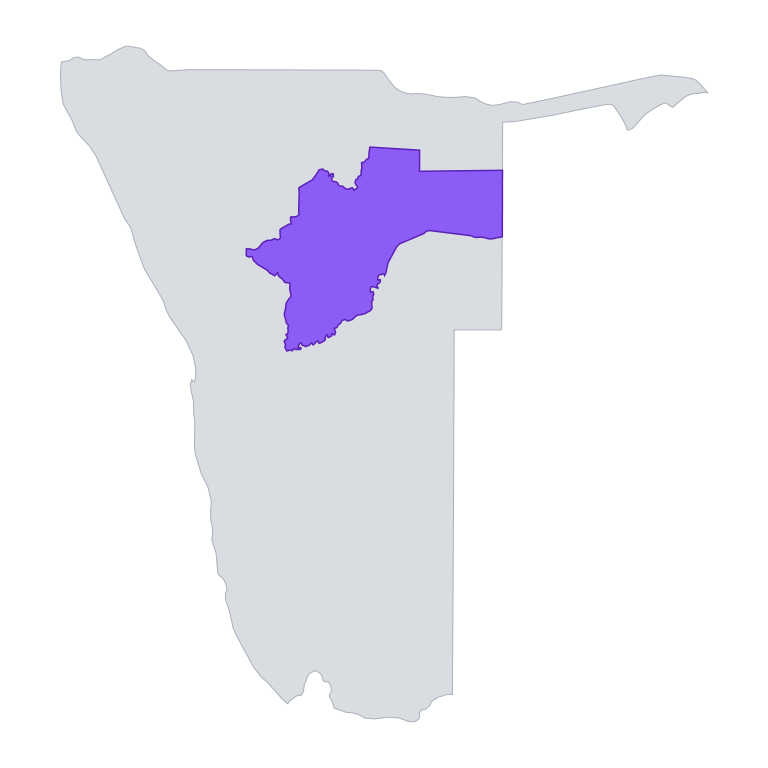 Otjozondjupa highlighted on a map of Namibia
{"feature_id": "NAM-3349", "entity_name": "Otjozondjupa", "entity_type": "Region", "adm_level": 1, "iso_a3": "NAM", "parent_name": "Namibia", "parent_adm1": "", "projection": "natural_earth1", "projection_center": [17.471, -20.567], "detail": "fine", "context": "in_parent", "style": "filled", "palette": "violet", "viewbox_px": 768, "rotation_deg": 0, "n_neighbors": 0, "source": "natural_earth", "source_scale": "10m", "svg_char_len": 8853}
<svg xmlns="http://www.w3.org/2000/svg" viewBox="0 0 768 768"><path d="M617.9,84.0L628.2,81.7L638.0,79.5L649.4,77.2L658.5,75.5L660.8,75.0L682.6,77.1L692.2,78.5L695.5,79.9L699.7,83.6L707.6,92.6L705.6,92.3L690.9,94.2L685.3,96.6L672.7,107.2L670.0,105.9L667.0,103.7L664.5,103.0L659.0,105.6L653.5,108.6L647.4,112.9L642.4,117.2L640.7,119.4L632.8,128.2L630.2,129.6L628.0,130.2L627.1,129.8L626.1,126.0L621.4,117.3L613.8,105.8L611.6,104.7L610.0,104.2L604.3,104.8L587.7,108.0L573.7,110.8L552.2,115.4L529.2,119.2L515.0,121.5L502.7,122.2L502.6,133.6L502.5,156.6L502.4,179.6L502.3,202.6L502.2,225.6L502.1,248.6L502.0,271.6L501.9,294.6L501.8,317.7L501.7,327.7L501.3,329.9L494.3,329.9L478.4,329.9L465.0,329.9L454.2,329.9L454.1,343.5L454.1,359.7L454.0,375.9L454.0,392.1L453.9,408.3L453.8,424.5L453.8,440.7L453.7,456.9L453.6,473.1L453.6,485.3L453.6,486.7L453.5,510.4L453.3,535.5L453.2,560.7L453.1,585.8L452.9,611.0L452.8,636.1L452.6,661.2L452.5,686.4L452.4,694.4L447.7,694.3L438.0,697.3L431.8,701.3L429.2,706.3L425.6,709.2L421.2,710.3L419.3,712.8L419.8,716.8L418.1,719.8L414.1,721.9L407.8,721.3L399.1,718.0L388.0,717.2L374.5,718.9L364.8,718.1L358.9,714.7L352.6,712.8L346.0,712.3L342.2,710.9L334.3,708.3L332.8,704.0L331.9,700.7L329.6,697.2L329.4,694.4L331.1,692.2L331.4,688.8L330.1,684.1L327.9,681.8L324.8,681.9L322.9,680.1L322.2,676.3L320.3,673.5L316.0,670.6L310.2,672.8L307.5,676.1L306.0,681.2L304.5,683.8L303.8,688.1L303.5,691.2L302.0,694.4L300.5,695.7L298.9,695.1L295.9,696.4L289.5,701.2L287.6,703.8L282.4,699.2L267.0,681.9L261.6,677.5L253.5,666.9L235.7,634.2L233.1,627.9L229.7,612.0L225.8,600.3L225.3,593.5L227.1,589.7L226.0,584.5L224.0,579.9L217.9,573.8L216.1,553.4L211.9,540.3L212.7,529.4L210.8,519.5L210.5,513.2L211.3,501.2L208.0,487.3L201.3,473.7L195.3,454.2L194.4,445.6L194.9,422.6L193.6,413.2L193.6,402.2L191.2,390.8L190.2,384.5L191.8,379.6L192.8,381.1L194.6,381.9L195.7,375.3L195.9,369.5L192.9,355.2L186.1,340.6L169.4,316.7L165.3,307.7L163.0,300.1L144.3,268.7L136.2,246.6L130.6,227.4L124.5,218.6L96.2,156.5L90.0,146.6L78.8,134.7L76.1,130.8L71.7,119.5L63.2,104.3L61.1,90.2L60.4,74.2L61.3,61.9L68.9,60.7L74.2,57.4L79.0,57.2L83.8,59.7L88.8,59.9L90.8,59.5L99.8,59.9L105.0,56.9L111.1,54.0L114.6,51.4L119.6,48.8L126.2,46.1L129.9,46.3L134.6,47.3L140.7,48.3L144.2,50.2L148.3,55.9L154.7,61.1L159.4,64.1L164.7,68.2L166.4,69.8L168.7,70.7L170.2,70.9L180.1,70.3L189.2,69.7L198.9,69.8L217.2,69.8L235.5,69.8L253.8,69.9L272.1,69.9L290.4,69.9L308.7,70.0L327.0,70.0L345.3,70.0L352.8,70.0L365.9,70.2L379.6,70.4L381.1,70.7L382.7,71.8L383.9,72.8L388.8,80.0L395.0,87.5L400.1,91.1L406.3,93.2L412.1,94.0L417.5,93.5L426.5,94.4L439.0,96.8L452.0,97.6L465.5,96.6L475.0,97.9L480.5,101.6L486.1,104.1L491.8,105.4L499.6,104.6L509.4,101.8L517.8,102.2L521.6,104.2L523.9,104.3L538.3,101.3L549.9,98.9L567.3,95.1L581.7,91.9L602.9,87.3L617.9,84.0Z" fill="#d9dde1" stroke="#a8b0b8" stroke-width="1"/><path d="M502.5,170.3L502.5,174.8L502.4,181.8L502.4,188.9L502.4,195.9L502.4,203.0L502.4,210.0L502.3,217.1L502.3,224.1L502.3,231.2L502.3,236.8L502.2,236.8L501.1,236.9L500.2,237.3L499.5,237.5L496.5,237.7L493.9,238.6L493.3,238.7L489.9,238.9L488.2,238.7L485.7,237.9L480.6,237.1L478.7,237.2L477.0,237.5L476.1,237.4L473.9,237.0L473.0,236.7L471.7,236.0L470.9,235.7L432.3,230.9L431.1,230.7L428.2,230.7L426.9,231.0L426.0,231.4L424.4,233.1L423.0,233.9L400.1,243.6L399.6,243.9L397.9,245.4L396.5,247.1L388.0,262.8L387.8,263.6L386.2,271.4L385.9,272.6L384.6,275.5L384.3,274.8L384.0,274.4L383.5,274.0L382.7,274.1L379.3,274.9L378.3,275.6L377.8,277.8L377.6,279.5L377.6,280.0L377.8,280.0L378.2,280.0L379.8,279.6L380.2,279.6L380.3,279.9L380.3,280.3L380.2,281.4L380.1,282.0L379.8,282.6L379.2,283.1L377.5,284.2L377.1,284.6L377.1,285.2L377.1,285.7L377.3,286.3L378.0,287.7L378.1,288.1L377.9,288.2L372.9,286.7L372.4,286.6L372.0,286.7L371.5,286.8L371.0,287.2L370.6,287.7L370.4,288.8L370.3,291.4L370.4,291.8L370.7,291.9L371.1,292.0L372.1,291.9L372.9,291.6L373.1,291.7L373.2,292.2L373.6,293.9L373.7,294.5L373.6,295.0L372.8,295.7L372.8,296.3L372.8,296.8L373.0,299.2L373.0,299.8L372.9,300.3L371.7,301.0L371.6,301.4L371.6,301.6L371.8,302.3L371.8,302.7L371.8,303.1L371.7,304.7L372.1,307.1L372.1,307.8L371.9,308.6L370.6,310.4L369.6,311.1L366.6,312.6L366.0,313.2L361.0,314.8L360.0,314.6L358.0,315.1L355.8,316.2L354.1,317.7L353.1,318.8L352.6,319.3L351.3,319.9L349.1,320.5L347.7,321.0L347.3,321.0L347.0,320.9L346.3,320.0L345.8,319.6L345.4,319.5L344.9,319.6L342.7,320.3L342.2,320.5L341.7,320.8L341.4,321.4L340.8,323.0L340.5,323.3L339.0,324.3L338.4,324.7L338.0,325.3L337.7,326.4L337.5,326.7L337.1,327.2L336.6,327.6L336.2,327.9L335.6,328.0L334.7,328.0L334.3,328.1L334.4,328.6L335.4,331.7L335.5,332.2L335.5,332.5L335.0,334.1L334.8,334.5L334.5,334.9L334.1,334.8L332.2,333.9L331.8,333.8L331.8,334.1L331.8,335.2L331.8,335.7L331.4,336.0L330.9,336.3L328.7,337.4L328.2,337.5L328.0,337.3L327.8,336.8L327.6,335.6L327.4,335.1L327.2,334.9L326.7,335.2L326.3,335.7L325.6,336.8L325.3,337.3L325.2,337.8L325.2,339.6L324.9,340.2L324.3,340.9L319.7,343.3L319.2,343.4L318.9,343.1L318.6,342.5L318.3,341.9L318.0,341.4L317.7,341.0L317.2,341.2L316.7,341.6L313.6,344.6L313.2,344.9L312.9,344.8L312.6,344.4L312.3,343.8L312.0,343.3L311.6,343.0L311.0,343.4L310.5,343.8L309.6,344.9L309.1,345.3L308.6,345.6L307.9,345.7L305.8,346.6L305.3,346.6L304.6,346.0L304.1,345.6L302.8,345.5L302.2,345.1L301.8,344.6L301.4,343.4L301.2,343.0L300.9,342.8L300.4,342.9L300.0,343.1L299.6,343.6L298.3,346.2L298.0,346.6L297.9,346.9L298.0,347.3L298.2,347.7L298.6,347.7L300.2,347.5L300.6,347.5L300.8,347.9L301.0,348.5L300.8,349.0L300.3,349.4L298.9,349.5L297.5,349.3L297.0,349.3L296.6,349.6L296.1,349.7L295.6,349.5L294.7,348.7L294.2,348.5L293.8,348.8L293.4,349.2L292.7,350.3L292.4,350.7L292.1,350.9L291.8,350.6L291.1,350.3L290.6,350.0L286.8,351.0L285.3,348.1L285.0,347.5L284.9,346.9L285.0,346.5L285.1,346.2L285.5,345.7L285.6,345.4L285.6,345.0L284.3,341.6L284.2,341.1L284.4,340.7L286.0,339.4L286.6,338.7L287.5,338.2L287.8,338.0L287.6,337.5L286.1,334.9L285.9,334.5L286.1,334.3L286.5,334.3L287.0,334.3L287.5,334.1L287.8,333.5L287.9,331.9L288.2,330.3L288.4,330.0L288.4,329.8L288.3,329.5L288.0,329.0L287.7,328.5L287.8,328.0L287.9,327.4L288.2,326.9L288.3,326.2L288.2,325.3L287.4,324.0L287.0,323.5L286.6,323.3L286.4,323.2L286.1,322.3L286.1,321.0L284.2,314.5L285.6,308.1L286.1,303.7L286.3,303.0L286.5,302.5L287.1,301.7L288.9,298.9L290.8,296.9L291.0,295.2L289.6,288.3L289.9,286.4L289.9,283.1L285.3,282.5L284.9,282.4L284.5,282.2L284.3,281.8L283.9,281.0L283.8,280.7L282.1,278.9L281.8,278.6L281.0,278.1L280.3,277.6L279.1,276.3L278.5,275.7L278.2,274.9L277.9,273.0L277.8,272.7L277.6,272.6L277.3,272.8L275.3,275.3L275.0,275.6L274.6,275.7L274.1,275.4L272.1,274.2L269.9,273.2L267.0,270.1L257.5,264.4L253.7,260.6L253.2,259.9L252.5,257.1L252.3,256.7L252.1,256.5L251.6,256.5L250.0,256.9L249.5,257.0L249.1,257.0L246.7,256.1L246.3,255.3L246.2,254.7L246.4,248.7L249.7,248.9L253.6,249.9L254.3,249.9L255.0,249.7L257.9,248.3L258.6,247.8L261.7,243.8L262.3,243.2L263.9,242.0L267.2,240.4L267.7,240.4L270.6,240.3L271.1,240.2L273.5,239.0L273.9,238.8L274.5,238.7L275.2,238.8L275.9,239.0L276.8,239.7L277.4,239.8L278.2,239.6L278.9,239.3L279.5,238.9L280.1,238.4L280.3,237.6L280.4,236.9L280.4,236.3L280.1,234.4L280.0,229.8L280.3,229.4L280.7,228.9L289.2,224.0L290.6,224.1L291.1,224.0L291.4,223.9L291.4,223.4L290.6,220.9L290.5,220.4L290.6,217.2L291.0,216.9L295.2,216.9L296.5,216.5L299.2,214.5L298.7,212.3L299.2,191.7L298.8,189.2L298.8,188.3L298.8,188.2L299.0,187.7L299.4,187.3L312.4,179.8L317.0,173.5L318.9,170.0L322.4,169.0L323.0,169.2L323.6,169.6L323.9,170.2L324.3,170.7L325.0,171.0L326.6,170.9L327.4,171.3L328.0,171.8L328.7,173.0L328.8,173.4L328.8,173.9L328.6,175.5L328.6,176.0L329.0,176.1L329.4,176.2L329.8,176.1L330.1,176.0L330.2,175.5L330.2,175.0L330.3,174.5L330.5,174.2L331.8,173.8L332.8,173.6L333.1,173.7L333.2,174.1L333.4,175.8L333.4,176.4L333.4,176.8L333.0,176.9L332.1,177.1L331.9,177.3L331.8,177.7L331.9,180.0L332.0,180.5L332.2,180.8L332.5,181.2L333.0,181.5L333.7,181.7L334.7,181.5L335.4,181.6L336.0,181.8L337.6,183.0L337.9,183.2L338.1,183.6L338.1,184.5L338.4,184.9L339.3,185.7L339.9,186.0L340.7,186.2L341.8,186.1L342.7,186.4L343.5,186.9L345.2,188.6L345.4,188.8L345.6,188.9L348.6,189.1L349.3,188.8L350.8,188.1L352.0,187.8L352.5,187.8L352.8,188.1L353.1,188.6L353.4,189.6L353.6,190.1L354.0,190.0L354.6,189.7L356.8,188.3L357.3,187.9L357.7,187.4L357.4,186.7L355.7,184.3L355.3,183.6L355.2,182.9L355.2,182.1L355.3,180.9L355.6,180.5L355.8,180.1L356.1,179.4L357.9,178.4L358.0,177.7L358.2,177.1L358.3,176.5L358.8,176.2L359.4,176.0L360.0,175.9L360.5,175.6L360.8,175.2L361.0,174.1L361.2,172.5L361.2,170.5L361.3,169.8L361.5,169.1L361.9,168.7L361.9,167.9L361.9,167.1L361.5,163.3L361.6,162.7L361.9,162.5L362.5,162.4L363.1,162.4L363.9,162.1L364.8,161.5L366.0,159.9L366.8,159.3L368.3,158.5L368.8,157.9L369.1,151.9L369.9,147.1L419.6,150.2L419.5,171.3L502.4,170.3L502.5,170.3Z" fill="#8b5cf6" stroke="#5b21b6" stroke-width="1.5"/></svg>